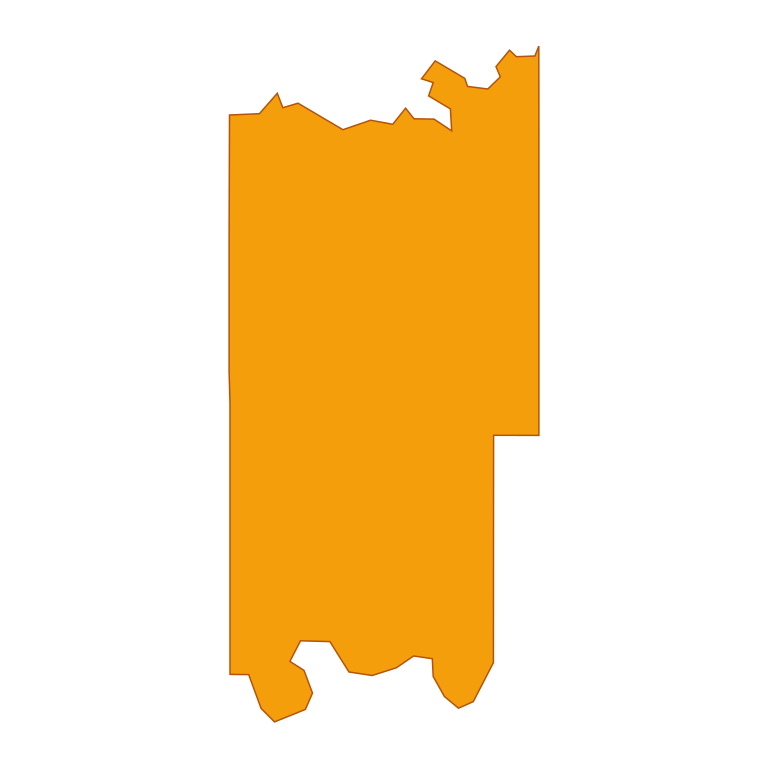 the district of Seminole, Oklahoma, United States of America
{"feature_id": "52423323B44953596645319", "entity_name": "Seminole", "entity_type": "district", "adm_level": 2, "iso_a3": "USA", "parent_name": "United States of America", "parent_adm1": "Oklahoma", "projection": "robinson", "projection_center": [-96.601, 35.162], "detail": "fine", "context": "isolated", "style": "filled", "palette": "amber", "viewbox_px": 768, "rotation_deg": 0, "n_neighbors": 0, "source": "geoboundaries", "source_scale": "gbopen_adm2", "svg_char_len": 766}
<svg xmlns="http://www.w3.org/2000/svg" viewBox="0 0 768 768"><path d="M370.6,120.2L342.9,129.7L298.0,103.2L282.8,107.7L277.3,93.3L259.4,113.7L229.5,115.0L229.1,242.7L229.1,371.4L230.0,403.4L230.0,674.4L248.7,674.6L261.1,708.4L274.5,721.9L305.4,709.4L312.5,693.1L304.0,670.4L289.9,661.4L300.5,640.8L329.9,641.6L349.0,672.0L372.2,675.5L396.3,667.8L413.6,656.0L432.3,658.7L433.2,676.5L444.4,696.5L458.5,708.2L473.3,701.6L493.4,662.7L493.6,435.3L538.9,435.4L538.9,242.5L538.9,135.1L538.8,46.1L534.9,56.0L516.4,56.7L509.5,50.2L496.0,66.6L500.3,76.9L487.8,89.0L467.5,86.4L464.8,78.4L435.2,60.9L421.5,78.8L433.2,82.6L428.6,95.9L450.4,108.9L451.7,130.9L434.0,119.1L414.0,118.8L405.6,108.2L392.7,124.3L370.6,120.2Z" fill="#f59e0b" stroke="#b45309" stroke-width="1.5"/></svg>